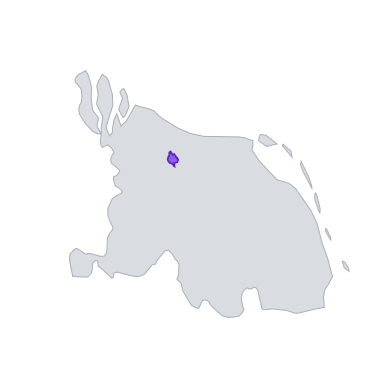 Bodegraven-Reeuwijk, Zuid-Holland, Netherlands shown in context, rotated 77°
{"feature_id": "6326949B27886960256598", "entity_name": "Bodegraven-Reeuwijk", "entity_type": "district", "adm_level": 2, "iso_a3": "NLD", "parent_name": "Netherlands", "parent_adm1": "Zuid-Holland", "projection": "robinson", "projection_center": [4.773, 52.068], "detail": "fine", "context": "in_parent", "style": "filled", "palette": "violet", "viewbox_px": 384, "rotation_deg": 77, "n_neighbors": 0, "source": "geoboundaries", "source_scale": "gbopen_adm2", "svg_char_len": 4765}
<svg xmlns="http://www.w3.org/2000/svg" viewBox="0 0 384 384"><g transform="rotate(77 192 192)"><path d="M247.5,327.2L239.9,327.0L232.8,326.8L229.0,326.3L225.0,324.9L223.1,322.0L220.9,318.4L221.5,316.3L228.1,310.1L229.1,308.4L228.4,307.5L229.1,304.8L234.1,295.6L234.8,291.9L232.5,289.3L229.1,287.8L218.4,285.1L213.3,281.2L210.9,277.9L208.5,276.9L205.0,278.1L196.1,279.3L188.9,277.5L180.4,271.1L178.4,265.5L177.3,261.1L175.2,259.6L172.3,261.8L168.7,265.4L161.6,265.8L159.5,265.0L159.2,263.0L158.8,261.2L156.8,258.8L154.7,257.5L145.6,264.1L142.2,264.1L138.0,261.5L135.9,259.1L131.2,260.5L127.0,263.5L128.4,269.2L126.2,270.3L121.0,269.7L115.2,267.4L108.7,266.0L98.8,262.0L85.0,265.2L75.5,261.4L67.5,261.0L62.6,258.0L57.3,252.9L61.1,249.5L64.8,248.3L79.3,247.7L89.9,249.7L108.9,260.9L113.7,260.8L118.8,259.4L116.2,256.3L111.4,254.9L104.4,251.9L98.7,247.7L112.0,246.3L110.2,244.2L108.4,240.4L94.5,227.5L96.9,224.0L100.5,216.5L104.9,210.2L108.4,208.6L114.1,204.1L126.6,191.2L134.5,180.6L140.4,168.1L149.0,133.5L151.5,127.7L155.7,121.1L160.8,122.4L164.4,124.2L177.2,119.3L199.1,106.5L205.5,95.5L211.8,90.4L236.8,80.3L250.7,77.3L272.0,76.6L287.4,74.8L306.0,74.1L313.1,80.3L317.3,84.8L323.9,87.4L334.2,89.1L333.7,98.0L334.0,115.7L333.3,118.8L328.8,126.3L324.1,139.6L322.9,148.4L321.5,150.1L301.9,150.0L299.2,151.6L298.8,153.5L299.8,155.7L299.4,158.0L297.8,159.8L298.7,162.7L302.1,166.0L308.4,168.1L315.0,168.3L318.4,167.9L320.9,170.3L323.4,173.9L323.3,178.5L322.4,184.7L319.4,190.3L310.4,196.9L306.4,199.2L302.6,200.4L300.8,202.1L299.9,204.3L300.2,206.3L306.7,211.5L306.5,212.7L304.7,215.5L302.2,218.1L285.6,223.4L278.8,223.0L274.9,225.7L273.6,226.2L269.3,223.7L259.5,220.9L255.9,221.9L253.9,223.4L247.8,225.3L243.4,228.2L243.4,232.0L251.2,241.8L254.0,243.7L254.1,247.4L257.9,252.0L261.8,257.7L262.3,261.4L261.9,265.1L259.9,270.4L253.3,282.7L253.2,285.0L253.8,286.8L256.1,287.3L257.9,288.2L257.4,289.9L244.8,298.4L243.2,299.9L237.9,299.5L237.1,300.9L237.8,303.2L239.9,305.2L244.4,306.3L248.3,308.4L251.5,312.7L247.5,327.2ZM115.2,267.4L114.1,270.9L111.1,274.9L101.2,280.5L90.9,284.2L85.6,283.7L81.9,281.8L80.0,279.8L74.5,277.8L66.9,276.8L62.2,278.9L58.8,281.0L55.9,280.6L53.7,278.9L52.0,276.4L49.8,268.2L55.5,266.7L67.7,266.2L77.1,269.0L89.6,270.4L99.1,266.5L106.6,269.8L115.2,267.4ZM94.7,234.2L101.9,239.3L103.5,241.0L104.0,242.7L94.8,244.8L85.0,238.5L78.5,239.9L76.0,237.0L76.0,235.1L82.8,233.5L94.7,234.2ZM164.3,109.0L157.0,115.6L152.6,113.8L151.3,112.2L153.5,107.0L164.3,98.4L164.3,109.0ZM196.6,79.3L189.7,80.1L186.6,78.8L203.1,75.0L213.6,73.9L215.4,74.4L196.6,79.3ZM240.9,72.5L226.4,74.0L221.5,72.8L220.7,71.7L224.6,71.1L237.0,70.9L240.8,71.9L240.9,72.5ZM180.6,86.7L167.1,93.6L165.9,92.5L174.6,86.4L180.6,86.7ZM299.9,60.8L293.1,61.1L295.0,58.7L301.3,56.8L304.7,56.8L299.9,60.8ZM270.5,67.6L260.2,70.8L257.7,70.1L258.3,69.2L267.4,67.2L270.5,67.6Z" fill="#d9dde1" stroke="#a8b0b8" stroke-width="1"/><path d="M163.4,203.2L163.2,203.2L162.8,203.2L162.7,203.2L162.2,203.2L161.9,203.2L161.7,203.2L161.4,203.2L161.1,203.2L160.9,203.2L160.7,203.2L160.5,203.3L160.2,203.4L160.3,203.3L160.3,203.2L160.5,202.8L160.4,202.8L160.4,202.7L160.2,202.6L159.9,202.7L159.9,202.2L159.7,201.1L159.7,200.9L159.7,200.6L159.7,199.8L159.8,199.8L159.8,199.7L159.6,199.5L159.5,199.4L159.3,199.3L158.5,198.8L157.6,198.3L157.5,198.2L157.4,198.2L157.4,198.3L157.2,198.4L156.9,198.4L156.7,198.4L156.7,198.5L156.8,198.5L156.7,198.6L156.4,198.6L156.4,198.8L156.2,198.8L155.9,198.9L155.7,198.9L155.7,199.0L155.4,199.0L155.2,199.0L155.0,199.3L154.9,199.3L154.7,199.4L154.6,199.5L154.6,199.4L154.5,199.5L154.3,199.5L154.2,199.5L153.8,199.6L153.7,199.6L153.4,199.7L153.5,199.7L153.5,199.8L153.1,200.0L152.0,200.4L150.9,200.7L150.9,200.8L151.0,200.8L151.3,201.0L151.4,201.4L151.5,201.6L151.5,201.8L151.6,202.0L151.6,202.3L150.9,202.5L150.7,202.5L150.3,202.7L150.1,203.3L149.5,203.1L149.3,204.0L149.2,204.1L149.0,203.9L148.9,203.8L148.9,203.7L148.0,203.5L147.6,203.6L147.6,203.8L147.8,204.0L147.9,204.3L148.1,204.3L148.3,204.5L148.2,204.8L149.0,204.8L148.9,205.5L149.0,205.5L149.6,205.6L150.4,205.8L150.7,205.9L150.8,205.9L151.1,205.9L151.7,206.1L151.8,206.1L151.8,206.3L152.0,206.4L152.0,207.0L152.3,207.2L152.4,207.3L152.5,207.2L152.6,207.3L152.8,207.3L153.0,207.3L153.3,207.5L153.5,207.5L153.8,207.6L154.0,208.1L154.3,208.4L155.2,208.4L155.3,208.4L155.5,208.4L155.8,208.4L156.1,208.4L156.3,208.3L156.6,208.2L156.9,208.1L157.0,208.1L157.8,207.6L158.2,207.4L158.3,207.4L158.7,207.2L158.5,206.6L158.8,206.5L159.0,206.4L159.2,206.2L159.4,206.1L159.5,205.9L160.0,205.3L160.1,205.1L160.6,204.8L160.7,204.7L160.8,204.6L161.1,204.5L161.2,204.4L161.3,204.3L161.5,204.2L161.8,204.2L162.0,204.2L162.3,204.0L162.6,203.9L162.8,203.8L163.0,203.7L163.4,203.2Z" fill="#8b5cf6" stroke="#5b21b6" stroke-width="1.5"/></g></svg>